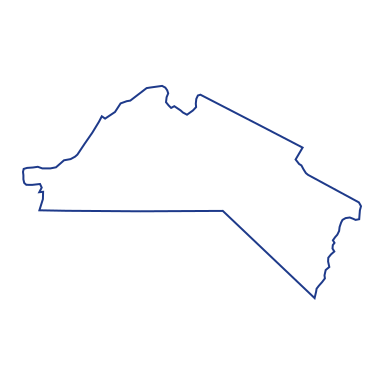 São Raimundo do Doca Bezerra, Maranhão, Brazil
{"feature_id": "56859067B75688883738088", "entity_name": "São Raimundo do Doca Bezerra", "entity_type": "district", "adm_level": 2, "iso_a3": "BRA", "parent_name": "Brazil", "parent_adm1": "Maranhão", "projection": "robinson", "projection_center": [-45.146, -5.103], "detail": "fine", "context": "isolated", "style": "outline", "palette": "blue", "viewbox_px": 384, "rotation_deg": 0, "n_neighbors": 0, "source": "geoboundaries", "source_scale": "gbopen_adm2", "svg_char_len": 1266}
<svg xmlns="http://www.w3.org/2000/svg" viewBox="0 0 384 384"><path d="M358.9,202.4L308.1,174.9L305.9,173.1L303.6,169.5L301.4,165.4L299.1,164.0L295.6,159.5L302.6,147.6L262.6,126.8L213.2,101.3L200.4,94.7L197.9,95.5L196.3,98.9L195.8,103.6L196.1,107.1L192.9,110.5L187.0,114.7L182.9,112.5L180.7,110.5L174.3,106.2L171.1,107.9L168.6,105.4L166.0,102.2L166.6,97.2L168.2,93.4L167.2,90.3L165.3,87.6L162.1,85.9L149.7,87.6L146.6,88.1L130.3,100.6L126.7,101.2L120.6,103.4L115.0,112.0L105.1,118.6L101.8,116.3L99.0,121.7L92.3,132.7L84.6,143.8L77.4,154.6L75.0,156.7L70.6,159.1L64.0,160.3L56.0,167.3L50.4,168.4L42.3,168.4L37.8,166.8L32.9,167.5L27.1,167.9L23.7,168.9L23.0,171.9L23.4,175.2L23.4,179.3L24.2,182.9L26.3,184.8L32.0,184.9L40.0,184.0L41.7,187.6L39.3,192.2L43.1,191.8L42.9,199.1L39.4,210.3L66.7,210.8L140.4,211.3L222.8,210.9L314.6,298.1L315.4,294.7L316.1,291.7L316.6,288.7L318.9,285.7L322.1,282.1L324.9,278.4L324.5,275.4L325.7,270.0L329.3,267.0L328.1,261.5L328.3,257.7L331.0,254.4L334.3,251.5L332.5,248.5L332.8,245.1L334.5,242.9L332.9,240.3L335.1,237.2L337.3,234.7L339.1,231.0L339.6,227.0L341.1,222.6L342.5,219.9L345.6,218.1L349.8,217.5L353.2,218.8L355.6,219.9L359.2,219.2L359.5,215.3L359.9,210.3L361.0,206.2L358.9,202.4Z" fill="none" stroke="#1e3a8a" stroke-width="2"/></svg>